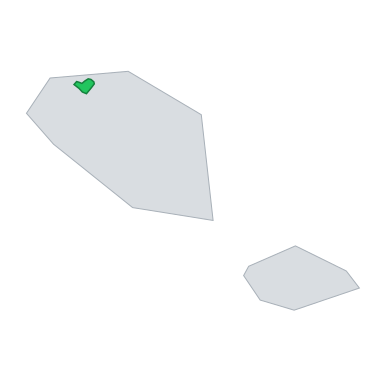 Safi highlighted on a map of Malta, rotated 174°
{"feature_id": "MLT-5971", "entity_name": "Safi", "entity_type": "state/province", "adm_level": 1, "iso_a3": "MLT", "parent_name": "Malta", "parent_adm1": "", "projection": "orthographic", "projection_center": [14.491, 35.832], "detail": "fine", "context": "in_parent", "style": "filled", "palette": "green", "viewbox_px": 384, "rotation_deg": 174, "n_neighbors": 0, "source": "natural_earth", "source_scale": "10m", "svg_char_len": 587}
<svg xmlns="http://www.w3.org/2000/svg" viewBox="0 0 384 384"><g transform="rotate(174 192 192)"><path d="M348.4,287.6L321.2,320.2L242.9,318.7L174.7,267.9L174.0,161.5L252.7,182.7L324.7,254.0L348.4,287.6ZM143.4,112.2L94.8,127.6L46.8,97.3L35.6,79.0L102.8,63.8L135.5,77.4L149.4,103.5L143.4,112.2Z" fill="#d9dde1" stroke="#a8b0b8" stroke-width="1"/><path d="M283.4,315.4L280.7,314.5L278.1,311.8L277.9,309.7L281.2,306.2L286.7,300.8L290.6,302.9L293.5,306.8L298.1,311.2L295.2,313.9L293.0,313.0L290.1,311.5L287.0,313.6L283.4,315.4Z" fill="#22c55e" stroke="#15803d" stroke-width="1.5"/></g></svg>